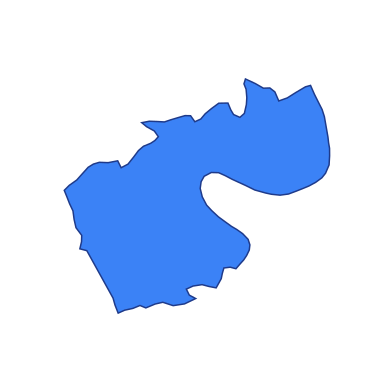 outline of Pinheirinho do Vale, Rio Grande do Sul, Brazil, rotated 108°
{"feature_id": "56859067B54224488065456", "entity_name": "Pinheirinho do Vale", "entity_type": "district", "adm_level": 2, "iso_a3": "BRA", "parent_name": "Brazil", "parent_adm1": "Rio Grande do Sul", "projection": "robinson", "projection_center": [-53.643, -27.223], "detail": "fine", "context": "isolated", "style": "filled", "palette": "blue", "viewbox_px": 384, "rotation_deg": 108, "n_neighbors": 0, "source": "geoboundaries", "source_scale": "gbopen_adm2", "svg_char_len": 1668}
<svg xmlns="http://www.w3.org/2000/svg" viewBox="0 0 384 384"><g transform="rotate(108 192 192)"><path d="M54.0,112.2L56.9,116.6L65.3,124.0L73.1,130.5L78.6,137.6L71.2,144.1L69.0,150.1L71.2,156.2L69.3,165.3L68.0,176.1L73.1,176.0L77.6,172.3L85.4,169.0L92.1,167.3L101.1,166.5L106.2,169.5L105.5,176.4L101.9,180.5L96.3,185.3L99.3,194.0L106.7,199.3L113.5,203.6L119.9,206.2L124.3,211.0L119.9,216.9L121.5,222.2L125.4,228.0L129.9,234.5L133.9,239.9L135.6,246.4L137.9,254.5L141.6,261.2L143.9,255.4L145.6,246.7L149.8,241.1L154.5,243.2L158.5,246.4L163.5,252.3L169.1,255.7L176.5,258.2L185.3,261.5L190.8,266.9L185.3,272.3L190.0,280.8L192.4,289.3L195.9,294.4L200.6,298.4L208.9,302.1L216.2,305.3L223.6,310.8L229.9,314.0L235.1,309.6L241.1,304.7L246.7,299.4L254.6,295.6L261.8,291.3L267.3,283.5L273.4,281.7L280.7,281.1L280.3,273.9L317.3,234.3L323.3,230.3L330.0,224.8L325.2,219.5L321.0,212.3L316.0,206.4L316.5,200.1L309.9,192.4L305.9,185.7L305.9,174.8L300.7,164.5L292.2,155.6L290.9,162.7L286.1,167.4L281.1,161.9L277.0,153.8L276.6,146.6L275.7,139.4L265.4,137.4L260.1,138.0L254.4,138.2L251.7,132.4L251.4,126.5L246.4,124.4L240.5,121.8L235.5,120.4L229.5,119.6L224.4,120.6L219.7,124.0L216.0,130.9L213.8,137.9L212.5,143.8L210.4,150.3L207.4,159.4L203.5,167.7L200.0,174.0L193.5,180.7L186.1,185.3L179.4,186.5L173.3,185.3L167.5,179.7L165.4,172.6L166.2,165.3L167.5,157.8L168.2,151.9L169.2,143.2L170.7,132.9L170.2,121.6L169.6,115.7L167.8,107.3L164.1,99.6L159.1,93.3L154.8,88.1L150.1,82.6L144.5,77.3L138.4,72.9L132.9,70.8L123.9,70.0L115.1,72.3L107.9,74.7L103.0,77.3L97.7,79.7L91.1,83.2L79.4,89.4L73.4,93.7L68.2,98.9L61.2,105.8L54.0,112.2Z" fill="#3b82f6" stroke="#1e3a8a" stroke-width="1.5"/></g></svg>